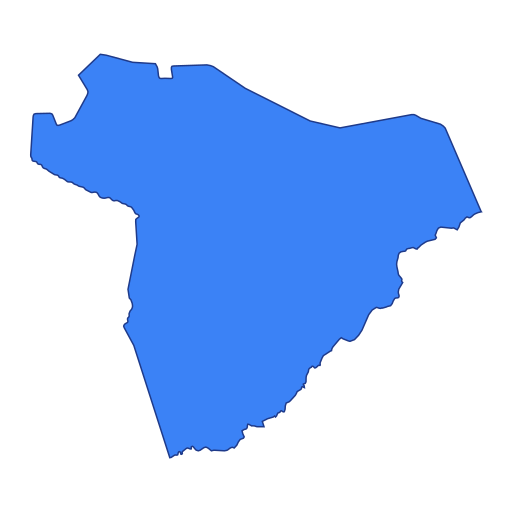 SVG path tracing the border of Salamat
{"feature_id": "TCD-1489", "entity_name": "Salamat", "entity_type": "Prefecture", "adm_level": 1, "iso_a3": "TCD", "parent_name": "Chad", "parent_adm1": "", "projection": "mercator", "projection_center": [20.31, 10.611], "detail": "fine", "context": "isolated", "style": "filled", "palette": "blue", "viewbox_px": 512, "rotation_deg": 0, "n_neighbors": 0, "source": "natural_earth", "source_scale": "10m", "svg_char_len": 5204}
<svg xmlns="http://www.w3.org/2000/svg" viewBox="0 0 512 512"><path d="M481.3,211.8L480.8,211.9L478.0,212.6L475.4,213.7L473.8,214.6L471.4,216.8L470.0,217.7L469.0,217.7L467.0,216.9L465.3,218.1L464.0,219.9L460.3,222.9L458.9,227.0L457.2,229.8L453.6,227.9L451.5,228.2L440.8,227.1L438.4,228.1L436.9,230.6L436.0,233.3L435.2,235.1L436.4,237.8L435.1,239.3L427.3,241.2L425.1,242.3L421.1,245.0L418.2,247.9L417.7,248.0L417.1,249.1L415.7,248.8L413.2,247.5L411.9,247.7L409.4,248.4L408.4,248.5L407.0,248.9L406.2,249.8L405.7,250.8L404.9,251.2L403.0,251.4L400.8,251.9L399.1,253.2L398.3,255.2L398.0,257.8L396.9,261.6L396.6,264.2L396.9,266.8L398.0,271.8L398.3,273.9L398.8,275.2L401.0,277.8L401.8,278.9L401.9,279.8L401.6,280.7L401.7,281.5L402.7,282.5L398.8,289.1L398.3,291.8L398.4,293.3L399.0,295.2L399.1,296.2L398.6,297.5L397.3,297.9L395.8,298.0L394.7,298.5L393.2,301.0L392.2,303.6L390.6,305.7L387.3,306.5L386.6,306.9L382.5,308.1L382.0,307.9L380.7,308.4L379.1,308.2L377.5,307.6L376.3,307.4L372.2,310.0L368.7,314.7L362.0,330.1L358.6,335.3L354.5,339.6L350.0,341.3L348.3,340.9L343.0,338.8L341.3,337.7L339.4,339.2L332.9,346.9L331.9,348.7L331.5,350.7L330.5,351.0L323.4,355.6L322.1,357.9L320.2,362.6L320.1,363.1L320.2,364.9L320.0,365.4L319.5,365.4L318.9,365.3L318.4,365.4L316.8,366.9L315.9,367.6L314.9,368.0L314.5,367.7L313.3,366.5L312.7,366.2L312.0,366.3L311.7,366.6L311.5,367.0L311.4,367.2L310.7,367.5L309.8,368.1L309.1,368.8L308.7,369.4L308.3,371.9L306.5,375.4L306.1,377.4L306.0,381.8L305.2,383.4L303.4,384.0L303.4,384.9L304.0,385.5L304.2,385.9L304.4,387.6L302.4,386.7L301.7,387.1L301.5,388.3L300.9,389.4L298.1,391.0L296.9,392.0L296.4,393.4L295.3,395.3L290.4,400.7L289.1,401.8L286.2,403.0L285.3,405.9L285.1,409.2L284.3,411.7L283.5,411.9L282.7,411.6L281.8,411.0L281.2,410.7L280.7,411.0L279.9,412.2L279.4,412.5L277.9,413.0L277.2,414.3L276.6,415.8L275.5,417.0L274.6,416.0L273.3,417.0L267.6,418.7L262.3,421.4L264.0,426.7L257.4,426.7L256.5,426.6L254.4,425.9L251.9,425.8L251.7,425.9L249.0,424.4L247.8,424.2L247.4,425.4L247.3,427.1L246.8,428.3L245.9,429.1L244.3,429.4L242.0,430.8L242.8,433.8L244.2,436.9L243.4,438.2L240.2,439.4L238.3,442.0L236.8,445.2L234.2,448.0L232.6,447.3L231.3,447.5L230.1,448.1L227.7,449.9L226.9,450.3L224.5,450.8L213.9,450.2L211.4,450.8L208.5,448.4L207.0,447.5L205.7,447.1L203.8,447.7L200.2,450.2L198.3,450.8L196.1,450.1L194.6,448.5L193.5,447.0L192.5,446.3L191.4,446.7L191.2,447.6L191.3,448.5L191.2,448.9L190.1,448.9L188.3,448.2L187.3,448.0L186.2,448.5L182.4,451.6L182.1,452.3L182.3,453.1L182.3,453.7L181.6,454.3L180.8,454.1L180.3,452.1L179.3,451.6L178.8,451.8L178.4,452.4L178.1,453.1L178.0,453.9L177.6,454.9L176.6,455.1L175.4,455.0L174.5,455.2L171.2,457.4L169.8,457.7L133.8,345.4L124.2,327.7L123.7,326.2L123.9,325.4L124.3,324.7L124.7,324.2L125.2,323.8L127.4,322.5L127.8,321.9L127.9,321.1L127.6,319.9L127.5,319.0L127.7,318.1L128.5,317.3L129.0,316.6L129.2,315.8L129.1,314.6L129.1,313.6L129.8,311.8L130.1,311.2L130.4,310.6L131.3,309.7L131.7,309.1L132.1,308.2L132.5,306.8L132.5,305.2L132.2,303.3L130.9,299.8L129.3,298.0L128.0,289.3L134.7,255.6L137.1,244.3L135.7,221.7L135.8,219.4L136.8,218.5L138.8,217.0L139.1,216.5L139.1,215.9L138.5,215.0L137.8,214.5L137.1,214.2L136.3,214.0L135.7,213.7L135.1,213.0L134.6,212.1L133.8,210.3L131.9,207.7L131.5,207.2L130.9,206.9L130.2,206.6L128.7,206.3L127.5,205.8L127.4,205.7L126.6,204.8L126.1,204.4L125.4,204.1L124.7,203.9L123.2,203.6L122.4,203.4L121.8,203.1L121.3,202.7L120.8,202.3L119.7,201.6L119.1,201.3L117.8,200.7L117.2,200.5L116.4,200.5L115.7,200.5L114.5,200.8L114.1,200.8L113.5,200.7L112.9,200.5L112.3,200.1L111.8,199.7L110.5,198.4L110.0,197.9L109.4,197.6L108.7,197.5L108.0,197.5L107.3,197.6L105.2,198.1L104.4,198.2L102.8,198.1L101.3,197.7L100.7,197.4L100.1,197.1L99.6,196.6L99.2,196.1L97.9,193.8L97.5,193.3L97.1,192.8L96.5,192.4L95.8,192.2L95.1,192.1L94.3,192.1L92.2,192.5L91.5,192.5L90.8,192.3L85.9,189.8L85.4,189.4L84.2,187.9L83.7,187.6L83.1,187.2L82.4,187.0L80.1,186.5L79.3,186.3L78.7,186.1L77.0,185.0L74.9,184.3L73.7,183.7L73.2,183.3L72.8,182.8L72.3,182.4L71.6,182.2L70.9,182.0L68.5,181.9L67.8,181.8L67.2,181.5L64.7,179.5L63.0,178.5L62.3,178.2L60.0,177.7L59.4,177.4L59.0,176.9L58.7,176.3L58.3,175.8L57.9,175.4L57.2,175.1L54.8,174.7L54.3,174.5L49.1,171.3L47.1,169.6L46.6,169.2L45.3,168.7L44.5,168.5L43.9,168.2L43.3,167.9L42.9,167.4L42.5,166.9L42.0,165.7L41.7,165.1L41.2,164.7L40.6,164.4L39.0,164.3L38.3,164.1L37.8,163.8L37.4,163.3L37.1,162.7L36.8,162.1L36.3,161.7L35.6,161.5L33.1,161.1L32.5,160.7L32.1,160.1L32.0,159.0L31.8,158.2L31.0,156.9L30.8,156.2L30.7,155.0L33.1,117.0L33.4,115.4L34.1,114.1L35.9,113.6L49.9,113.3L50.8,113.5L52.0,114.0L52.8,115.3L56.3,124.1L57.1,125.3L58.3,125.4L59.9,125.0L71.1,120.7L72.9,119.6L74.8,117.8L87.0,95.4L87.7,93.6L88.0,91.8L87.3,89.7L78.5,75.2L100.3,54.3L106.2,55.2L132.6,62.3L155.4,63.7L157.2,67.0L157.7,68.8L158.5,75.9L159.0,77.3L159.6,78.2L160.3,78.4L161.5,78.5L164.9,78.3L170.8,78.5L171.7,78.4L172.3,78.2L172.6,77.6L172.6,76.8L171.4,69.4L171.4,67.7L171.6,66.9L172.0,66.3L173.4,66.0L206.9,64.9L210.5,65.6L213.4,66.7L245.2,88.3L310.2,121.0L340.0,127.9L411.7,114.6L413.9,114.6L415.8,115.3L420.9,118.3L440.5,124.2L443.3,126.1L445.2,128.1L481.2,211.7L481.3,211.8L481.3,211.8Z" fill="#3b82f6" stroke="#1e3a8a" stroke-width="1.5"/></svg>